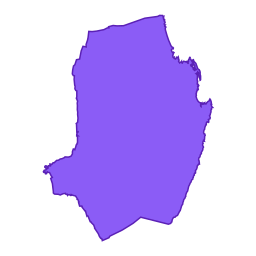 outline of Isabela, Isabela, Philippines
{"feature_id": "2640588B52568839586340", "entity_name": "Isabela", "entity_type": "district", "adm_level": 2, "iso_a3": "PHL", "parent_name": "Philippines", "parent_adm1": "Isabela", "projection": "equal_earth", "projection_center": [122.367, 16.99], "detail": "fine", "context": "isolated", "style": "filled", "palette": "violet", "viewbox_px": 256, "rotation_deg": 0, "n_neighbors": 0, "source": "geoboundaries", "source_scale": "gbopen_adm2", "svg_char_len": 5758}
<svg xmlns="http://www.w3.org/2000/svg" viewBox="0 0 256 256"><path d="M170.7,223.4L171.4,222.1L171.8,222.0L172.3,219.5L173.5,217.4L175.2,217.1L175.7,216.3L177.5,215.4L179.6,211.3L180.2,210.6L181.7,205.6L182.7,204.2L182.9,202.4L183.3,201.6L183.8,199.5L184.8,198.4L185.3,197.0L185.8,196.3L185.7,195.3L186.0,194.2L186.7,192.3L187.6,191.1L188.7,186.3L189.8,184.2L189.9,183.5L190.9,182.2L191.7,179.9L192.8,179.1L192.9,177.8L193.3,177.4L193.4,176.4L193.9,175.4L194.3,175.2L194.2,174.0L195.5,173.0L195.5,172.7L195.2,172.4L195.6,172.0L195.4,170.7L196.5,169.3L197.1,167.5L197.2,166.0L198.0,165.2L198.2,164.5L199.4,164.1L199.1,163.5L199.4,163.1L199.1,161.7L199.2,161.0L198.6,160.1L198.8,158.4L199.1,157.5L199.7,157.2L200.0,156.6L200.3,154.8L201.4,153.6L201.2,152.7L202.8,149.8L202.8,148.5L203.5,147.1L202.6,145.3L202.6,144.0L203.1,143.6L202.8,143.2L202.9,142.0L203.6,140.4L204.5,139.4L204.7,136.2L205.2,135.3L204.7,133.9L204.1,133.9L203.7,133.2L203.6,132.3L203.9,130.3L204.6,129.4L204.8,127.6L205.9,124.7L206.3,124.7L206.3,123.0L206.8,122.4L206.8,122.1L207.8,121.7L208.3,122.4L208.7,122.2L208.8,120.5L208.4,119.5L210.0,118.8L210.2,117.5L209.5,115.6L210.3,114.8L210.2,114.3L211.0,111.9L210.9,110.2L211.5,109.5L211.4,108.7L212.2,107.4L212.6,107.4L211.6,106.3L211.4,105.3L211.6,104.7L211.2,104.8L211.0,104.4L211.3,103.2L211.3,102.2L210.6,100.0L209.9,99.0L209.5,99.6L209.4,100.7L208.1,101.4L206.6,102.9L206.2,103.8L205.5,103.9L204.7,103.3L204.2,103.9L203.1,104.2L202.7,104.2L202.7,103.8L201.3,104.1L200.9,105.0L201.1,106.6L200.9,106.5L200.5,105.0L201.2,103.4L200.9,103.6L200.4,103.1L200.9,103.5L201.0,103.1L203.3,103.4L204.0,103.0L204.4,103.2L204.6,102.7L202.9,103.3L199.6,102.6L198.1,101.3L196.9,99.2L196.0,96.3L196.4,95.5L196.1,94.9L196.3,94.3L196.1,93.3L196.5,92.9L196.6,91.4L197.0,91.1L197.3,89.7L197.7,90.1L198.3,89.5L197.6,86.2L198.2,85.8L198.5,86.1L198.8,85.5L198.0,84.3L197.6,84.4L197.2,84.0L197.5,82.6L197.3,82.0L197.7,81.2L197.2,80.2L197.2,78.7L197.6,77.8L197.5,77.4L198.1,77.4L197.4,77.1L197.5,76.8L197.3,75.7L197.6,74.9L197.1,74.0L196.8,74.4L196.3,73.9L196.7,73.9L196.6,73.2L196.9,72.9L197.9,73.1L197.8,72.0L198.5,72.6L198.6,73.5L198.4,74.3L199.8,78.5L200.1,80.3L200.3,80.2L200.6,79.7L200.6,76.0L200.1,74.1L200.2,72.8L199.9,71.0L199.3,70.3L199.3,69.9L197.5,68.5L197.5,67.9L195.9,63.4L194.2,61.6L193.6,61.5L193.5,63.7L194.8,65.7L195.0,68.3L196.2,69.5L195.8,69.9L194.9,69.9L194.4,71.1L194.6,70.3L194.3,70.0L194.4,69.6L194.0,69.2L193.6,69.4L193.1,68.9L193.4,68.4L193.8,68.6L194.1,68.1L193.9,67.7L194.2,67.0L193.0,67.6L192.2,66.6L191.3,66.4L191.1,65.5L190.7,65.3L190.8,64.8L191.4,64.7L191.4,65.0L191.8,65.1L191.9,64.7L192.2,65.3L192.8,65.4L193.7,64.9L192.1,61.5L191.5,60.8L191.5,60.3L191.0,60.0L190.8,59.3L189.2,59.0L188.7,59.4L188.4,60.6L188.5,61.4L188.2,62.0L187.9,61.8L188.1,62.8L187.6,62.5L187.5,62.8L186.4,61.5L186.2,61.5L185.8,61.9L183.7,61.2L183.1,61.6L182.3,63.1L181.4,62.6L181.4,61.6L181.0,62.2L180.2,62.2L179.7,62.9L178.6,61.5L179.1,60.0L178.4,59.5L178.6,58.6L178.3,57.2L178.1,57.6L177.2,57.2L176.9,57.8L176.4,57.4L175.6,59.0L174.3,58.5L174.1,58.0L174.2,57.2L173.5,57.6L173.0,57.2L172.7,55.3L173.1,54.9L173.2,53.7L174.0,52.6L173.4,52.2L173.1,52.7L173.0,52.0L173.0,52.6L172.4,52.5L171.4,50.5L171.5,49.5L172.7,48.6L173.2,48.8L173.4,48.0L172.8,47.3L172.0,47.1L170.9,45.6L168.6,40.2L167.0,35.5L165.4,29.9L165.2,27.9L165.8,27.5L165.7,26.6L165.3,26.2L164.7,26.2L164.7,25.1L165.1,24.8L164.5,24.6L164.2,24.0L164.3,23.6L164.8,23.1L165.1,22.4L165.0,21.9L164.5,21.6L164.3,21.1L164.7,20.0L164.2,19.8L164.3,19.5L164.1,19.2L163.7,19.5L163.6,19.3L163.7,18.7L163.4,18.2L163.6,17.8L163.3,17.5L163.6,17.0L163.8,16.3L163.1,16.5L162.6,15.5L159.5,15.4L158.2,16.2L157.1,16.5L144.8,18.2L123.6,25.7L117.1,25.9L113.1,25.5L108.6,26.7L108.9,27.8L107.3,27.9L104.0,29.6L96.7,31.1L92.1,31.6L88.8,31.4L88.1,37.4L87.5,40.2L86.1,44.4L86.2,46.9L83.0,46.3L81.2,50.9L79.6,59.1L76.5,59.7L74.9,64.7L73.5,66.0L72.7,69.9L72.3,73.9L73.3,75.6L74.4,75.8L74.1,79.2L74.7,85.3L75.1,86.2L74.9,88.8L75.8,90.5L76.8,90.9L76.8,97.0L76.5,97.6L76.4,98.6L76.9,98.9L76.9,99.8L77.4,100.3L77.6,101.2L77.2,103.1L77.4,105.5L77.3,109.7L77.7,112.2L77.6,114.4L78.0,118.1L77.6,122.3L76.2,123.6L76.5,124.1L76.8,132.0L78.1,131.6L78.2,131.8L77.0,133.2L76.7,134.7L76.7,135.1L77.0,134.7L77.1,135.2L77.8,135.7L77.5,135.7L77.5,143.0L77.0,143.3L76.9,144.4L76.2,144.9L75.9,146.4L74.8,149.7L73.8,149.0L73.3,149.0L72.4,151.7L72.4,154.0L70.9,156.3L68.3,157.1L65.0,156.9L64.2,157.7L62.0,158.7L60.2,159.0L58.5,160.2L56.6,160.4L54.1,162.8L53.1,162.7L51.9,164.3L49.9,164.0L49.9,164.5L50.7,165.5L50.5,165.9L48.5,165.7L48.0,166.1L48.1,167.7L48.0,168.2L47.5,168.5L47.4,166.8L46.1,165.8L45.3,165.9L44.8,166.6L44.9,167.4L45.9,167.9L46.2,169.5L46.1,169.8L44.2,170.3L43.4,171.7L43.6,172.2L43.9,172.4L45.0,172.0L45.3,172.1L45.3,173.6L45.8,173.9L46.6,173.6L46.9,172.2L47.3,171.8L48.0,172.4L49.1,172.4L49.7,172.8L51.1,175.7L52.3,177.4L50.7,178.4L52.4,183.6L53.4,192.1L53.3,192.9L53.9,193.6L54.7,194.1L58.4,194.3L60.2,195.0L63.1,193.7L65.5,193.4L65.7,194.1L66.8,194.5L67.3,194.3L67.6,195.4L68.2,194.8L69.1,194.6L70.8,195.5L71.1,195.4L70.9,195.0L71.1,194.5L72.8,195.3L75.6,196.0L77.4,198.9L77.2,199.4L77.8,199.5L78.9,201.8L78.5,201.9L78.6,202.6L79.6,206.1L81.9,206.1L82.1,206.3L82.0,207.1L85.2,211.2L85.5,211.1L86.9,216.1L87.3,215.7L88.0,216.1L90.2,221.7L91.1,222.0L91.2,222.5L93.7,225.0L94.7,227.8L94.6,228.2L98.3,233.7L99.4,236.4L100.2,237.6L100.7,238.3L101.0,238.2L101.6,239.0L102.1,239.1L102.3,240.6L109.0,237.7L109.5,236.6L110.1,236.0L122.3,230.0L133.1,223.3L140.7,217.2L168.4,224.2L170.7,223.4ZM189.9,57.3L189.6,57.5L189.3,58.7L190.0,58.4L190.2,57.6L189.9,57.3ZM193.4,59.7L192.9,59.9L193.1,61.0L193.7,60.6L193.4,59.7ZM203.9,140.7L204.0,141.1L204.4,141.2L204.3,140.9L203.9,140.7Z" fill="#8b5cf6" stroke="#5b21b6" stroke-width="1.5"/></svg>